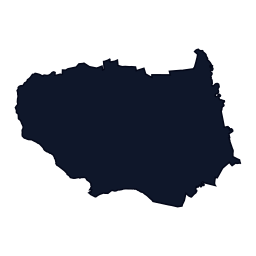 outline of Remetea, Harghita, Romania
{"feature_id": "2599482B72781380218321", "entity_name": "Remetea", "entity_type": "district", "adm_level": 2, "iso_a3": "ROU", "parent_name": "Romania", "parent_adm1": "Harghita", "projection": "mercator", "projection_center": [25.391, 46.802], "detail": "fine", "context": "isolated", "style": "filled", "palette": "ink", "viewbox_px": 256, "rotation_deg": 0, "n_neighbors": 0, "source": "geoboundaries", "source_scale": "gbopen_adm2", "svg_char_len": 5680}
<svg xmlns="http://www.w3.org/2000/svg" viewBox="0 0 256 256"><path d="M95.2,196.8L96.0,196.7L97.7,195.4L99.7,194.3L103.8,192.9L104.4,193.2L107.9,193.3L111.3,190.6L112.9,190.4L113.8,190.8L114.9,191.0L115.9,190.8L116.7,190.6L117.4,190.1L118.0,189.9L119.4,189.9L121.8,189.5L123.4,188.9L125.6,188.7L129.4,188.8L131.4,188.8L132.7,188.9L133.3,188.7L134.6,189.1L134.9,188.9L136.5,189.3L138.0,190.3L138.8,190.5L140.1,191.4L141.2,192.0L142.8,192.3L144.8,194.0L146.5,195.1L147.6,196.0L149.9,198.2L152.0,200.0L153.0,201.4L156.1,202.1L168.7,204.8L171.6,205.3L177.6,206.7L182.0,206.0L182.3,204.6L183.9,201.3L184.3,200.4L185.6,194.5L186.0,193.3L188.6,195.8L190.9,196.9L191.5,196.9L193.9,194.3L196.0,192.6L195.8,192.0L196.1,191.9L196.2,191.6L196.6,191.4L196.6,191.1L196.7,190.4L195.9,189.9L195.5,189.2L195.9,188.1L196.3,187.5L196.3,187.0L196.4,186.5L197.0,186.4L197.3,186.5L197.7,187.1L198.2,187.0L198.5,186.2L199.5,185.2L200.0,185.0L200.1,186.0L200.5,186.6L200.9,186.8L201.2,186.7L201.5,186.4L201.9,185.6L201.9,185.0L202.2,184.7L202.8,184.7L203.3,185.5L203.9,185.4L204.1,184.8L203.9,184.3L203.7,184.1L203.3,183.9L203.2,184.1L202.6,184.1L202.3,184.0L202.2,183.7L201.7,183.6L201.5,183.2L201.5,182.9L201.8,182.6L202.7,181.9L204.6,182.8L215.3,185.5L214.7,184.5L214.5,183.0L214.8,180.3L215.3,177.3L217.2,177.8L222.6,168.1L229.3,162.3L230.9,164.3L232.1,165.6L235.6,163.0L237.0,163.4L239.1,163.1L239.8,162.8L240.2,163.3L240.6,163.7L240.4,163.2L239.9,161.9L239.5,159.9L237.4,159.0L232.8,156.6L232.9,154.9L232.8,154.0L233.1,150.9L232.9,149.9L232.3,148.6L229.8,141.3L229.8,140.4L228.8,137.9L229.7,137.7L228.8,133.8L232.0,131.8L232.8,131.0L232.5,129.9L232.0,129.9L231.8,129.2L231.2,129.4L231.1,128.8L230.3,128.9L230.5,129.6L229.5,129.8L229.2,127.8L228.3,127.9L228.1,126.8L227.3,127.0L227.2,126.7L224.3,127.4L223.0,120.6L221.4,112.6L221.1,110.6L221.5,110.3L221.7,110.0L221.8,109.3L221.9,108.2L222.2,107.0L222.5,106.7L223.6,106.0L223.9,105.6L223.8,104.9L222.9,103.1L223.0,102.7L224.4,101.8L224.4,101.4L224.3,100.8L222.5,100.4L221.6,99.9L220.5,100.0L220.2,99.9L219.4,99.0L219.0,98.3L218.9,97.8L218.9,97.4L219.2,96.9L220.3,96.2L220.4,95.9L220.5,95.5L220.3,95.2L219.5,94.4L219.2,94.3L218.2,94.6L218.1,94.9L218.1,95.5L217.9,96.0L216.8,96.5L216.0,96.7L215.4,96.3L215.3,96.0L215.3,95.2L215.7,94.3L216.2,93.7L217.5,93.5L217.8,93.3L218.4,92.3L218.5,91.6L218.4,90.8L218.2,90.1L217.9,89.4L217.9,89.0L218.1,88.4L218.9,87.3L219.1,86.8L219.0,86.0L218.6,84.2L217.8,83.7L217.2,83.5L215.9,83.7L215.1,84.2L213.9,85.5L213.4,85.8L212.3,85.9L212.1,85.8L211.8,85.3L211.8,84.5L212.1,83.9L212.2,83.6L212.2,82.5L212.1,82.1L212.1,80.9L211.9,80.1L211.7,79.6L211.5,79.2L210.9,78.7L210.7,78.0L211.1,77.9L211.2,77.3L210.7,76.6L210.8,76.1L212.0,74.1L212.0,73.3L211.7,72.7L210.8,72.2L210.6,71.7L210.5,70.9L210.7,70.4L211.0,70.2L211.6,70.2L212.1,70.5L212.3,70.3L212.7,69.7L212.9,68.7L212.8,68.2L212.5,67.9L212.0,67.7L211.5,68.0L211.1,68.0L210.7,67.8L210.1,67.0L209.9,66.3L210.0,65.8L210.3,65.6L210.9,65.7L211.1,65.9L211.4,66.2L211.2,67.2L211.4,67.4L211.7,67.5L212.0,67.3L212.2,66.9L212.4,66.3L212.5,65.8L211.6,65.3L210.7,63.5L210.2,62.7L208.8,61.0L208.2,60.4L207.7,60.2L207.4,59.7L207.4,59.1L207.6,58.7L207.2,57.7L206.1,56.0L206.1,55.0L205.8,54.4L205.1,53.6L203.1,51.9L202.7,50.8L202.1,50.6L201.0,50.9L200.4,50.7L199.2,50.2L198.4,49.3L197.0,49.6L196.5,49.9L195.5,50.5L194.6,51.6L197.7,54.3L197.1,57.6L195.9,62.4L195.0,65.5L194.6,67.1L194.0,67.7L193.7,68.8L183.6,70.2L183.6,70.4L180.6,70.4L169.4,71.3L170.3,74.9L151.9,74.8L151.9,77.4L151.3,77.2L146.2,74.3L145.7,74.2L143.9,68.3L136.3,70.7L135.5,67.0L131.3,66.7L129.7,66.8L125.2,66.5L122.2,66.7L119.6,66.0L117.9,65.4L117.7,63.1L117.4,60.1L116.9,60.3L114.9,61.2L110.5,62.0L109.9,61.6L109.9,59.5L109.7,59.2L107.9,60.2L104.5,61.4L103.6,61.5L104.2,69.2L103.8,69.6L103.2,69.7L102.6,69.9L102.4,68.2L102.0,66.1L98.3,67.6L96.5,68.1L89.4,66.7L84.0,63.2L83.0,63.5L78.9,63.9L76.2,67.1L68.5,68.7L67.6,69.0L66.2,69.9L65.5,70.2L62.5,70.0L62.4,74.2L61.7,74.6L60.2,74.2L56.7,75.2L54.8,75.1L55.1,72.5L54.3,72.1L53.7,71.9L52.8,72.2L52.0,72.6L51.1,73.7L49.9,74.6L48.7,75.2L47.1,75.5L44.5,75.1L43.9,75.2L43.3,75.4L43.0,76.1L41.6,75.6L40.5,74.9L39.0,74.3L36.3,73.6L35.1,73.4L34.3,74.2L32.5,74.4L30.3,77.5L28.9,78.8L27.5,79.7L26.9,81.4L26.0,82.2L24.6,82.9L24.2,83.5L23.8,84.4L23.4,84.8L23.2,85.3L22.8,85.6L22.0,85.9L21.6,85.7L21.0,85.7L20.0,86.1L19.5,86.2L19.1,86.5L18.2,87.5L18.3,88.5L17.9,89.6L17.3,90.2L17.1,90.7L17.4,91.2L17.5,91.9L17.7,92.2L17.8,94.8L18.1,95.6L18.0,97.2L17.6,98.8L17.4,101.9L17.5,102.7L17.8,103.3L17.7,104.6L16.2,106.3L15.6,107.4L15.4,107.7L15.6,108.0L16.5,110.4L16.5,110.9L16.4,111.8L16.5,112.7L17.5,113.4L18.3,114.3L18.5,118.7L18.7,119.0L19.2,119.3L20.4,120.3L21.3,122.0L21.5,122.9L22.7,125.4L23.0,125.8L23.2,127.9L22.8,129.0L22.4,129.6L22.2,130.3L22.2,131.2L22.4,132.2L22.3,132.6L22.2,134.8L22.4,136.1L22.6,136.2L23.5,137.3L24.4,138.1L25.5,138.1L26.1,138.7L28.4,139.5L31.9,139.7L32.2,140.0L32.9,140.3L33.1,140.5L37.0,142.4L37.2,142.7L37.6,143.0L39.1,143.6L39.6,143.9L43.3,147.8L43.6,148.7L44.3,149.8L44.8,150.3L46.4,151.4L47.1,151.8L48.1,152.0L50.1,153.3L51.0,153.3L51.4,153.5L51.6,153.9L53.0,154.8L53.6,155.7L54.4,157.2L54.6,157.9L54.6,158.3L55.5,159.6L55.7,161.2L56.0,161.9L56.1,162.6L55.9,163.2L56.1,163.9L56.8,165.0L57.2,165.4L58.2,165.8L64.5,170.7L66.9,173.2L67.2,174.4L68.5,175.2L69.2,175.7L69.7,176.5L70.3,177.2L70.4,177.5L73.3,178.2L74.9,178.2L78.3,177.5L78.9,177.5L79.8,178.0L81.6,177.4L83.0,177.5L83.8,177.3L84.5,177.4L85.8,177.9L86.9,179.9L89.4,181.6L90.2,182.5L90.7,183.2L91.0,183.4L90.9,185.1L91.6,186.4L91.2,187.0L90.4,188.8L89.7,189.8L91.7,189.9L91.1,192.1L90.1,191.8L88.8,192.8L89.2,193.0L90.6,194.4L95.2,196.8Z" fill="#0f172a" stroke="#020617" stroke-width="1.5"/></svg>